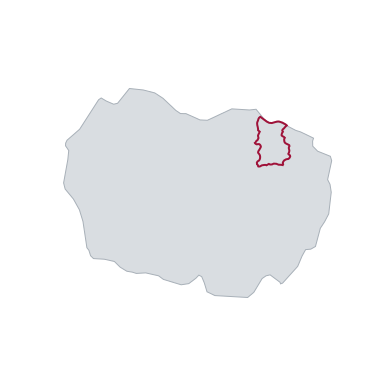 Bitola on a map of North Macedonia (Mercator projection), rotated 209°
{"feature_id": "MKD-2896", "entity_name": "Bitola", "entity_type": "Statistical Region", "adm_level": 1, "iso_a3": "MKD", "parent_name": "North Macedonia", "parent_adm1": "", "projection": "mercator", "projection_center": [21.29, 41.04], "detail": "fine", "context": "in_parent", "style": "outline", "palette": "rose", "viewbox_px": 384, "rotation_deg": 209, "n_neighbors": 0, "source": "natural_earth", "source_scale": "10m", "svg_char_len": 2680}
<svg xmlns="http://www.w3.org/2000/svg" viewBox="0 0 384 384"><g transform="rotate(209 192 192)"><path d="M174.7,101.7L180.6,102.5L193.3,98.8L201.2,93.8L205.2,93.0L210.6,91.1L218.3,91.4L226.2,93.6L236.1,90.7L245.9,86.0L249.8,87.1L254.0,91.1L256.9,92.3L273.1,113.4L281.9,121.9L292.4,128.4L304.4,133.1L308.7,137.7L316.3,160.1L319.9,168.5L325.0,171.1L326.2,173.5L326.4,176.7L320.7,192.4L318.4,227.4L317.0,230.2L311.0,230.0L303.1,230.8L300.1,233.5L296.9,252.2L284.1,257.6L272.6,260.6L262.8,259.9L245.7,255.5L240.1,255.0L235.3,257.6L220.0,258.9L213.3,262.2L197.5,284.0L181.5,291.6L176.1,295.4L163.9,290.6L158.0,290.1L149.6,295.6L131.1,296.2L126.1,297.2L111.8,298.0L111.2,295.0L108.6,290.6L101.9,288.6L88.3,290.3L85.0,287.1L79.4,268.6L75.0,265.6L70.1,259.3L61.8,239.1L61.6,230.2L62.2,222.5L57.6,204.2L60.4,199.6L64.7,196.7L64.7,189.4L63.5,178.2L68.6,156.2L70.0,154.6L71.2,155.7L83.5,157.4L86.6,154.6L88.7,150.3L89.3,134.2L92.2,126.7L121.8,112.5L130.5,112.0L137.2,118.5L142.5,122.7L145.7,122.6L146.8,118.4L150.4,110.3L156.5,105.6L174.5,101.7L174.7,101.7Z" fill="#d9dde1" stroke="#a8b0b8" stroke-width="1"/><path d="M168.7,290.9L160.7,289.8L158.1,289.9L155.6,291.0L151.8,294.8L150.2,295.8L146.6,296.5L143.0,296.5L141.4,296.2L141.7,295.2L141.8,295.0L142.2,293.4L142.5,291.9L142.9,291.0L143.0,290.1L142.8,289.4L141.7,288.8L141.8,287.0L141.3,285.2L140.8,284.8L139.3,284.7L138.2,284.7L137.1,284.4L137.1,283.3L136.7,282.3L135.5,280.7L134.1,280.0L132.7,280.0L130.9,280.1L129.7,280.1L129.0,279.4L129.0,278.3L128.7,277.4L128.0,276.6L127.1,275.7L126.6,274.6L126.3,273.4L126.3,272.2L125.9,271.8L124.0,271.5L123.3,270.6L123.3,269.0L123.7,267.7L124.6,267.0L125.6,266.1L126.7,264.3L126.9,262.7L126.7,261.4L125.7,260.4L125.7,259.6L125.8,259.6L126.9,259.1L128.3,258.5L129.3,257.9L130.7,257.7L131.8,257.6L133.1,257.0L134.3,256.4L135.4,254.9L137.0,253.9L138.4,253.8L139.2,252.5L139.8,251.5L140.7,251.4L141.9,250.7L143.8,249.2L144.9,247.4L145.8,246.7L146.0,246.6L146.5,246.5L147.2,247.2L147.9,247.7L148.6,247.8L148.7,248.0L149.5,249.1L149.5,250.3L149.1,251.3L148.6,252.1L148.6,253.5L148.9,254.7L149.5,255.9L150.4,257.0L151.5,257.7L152.9,258.2L153.5,258.8L153.7,259.8L153.7,260.7L153.6,261.7L153.6,263.0L153.6,264.4L153.8,265.1L154.4,265.7L155.2,266.2L156.0,266.4L156.6,266.4L157.7,265.7L158.4,265.1L159.0,265.0L159.6,265.0L160.5,265.2L160.8,265.4L160.5,266.0L160.5,267.5L160.3,268.3L159.9,268.9L159.9,269.9L160.0,271.3L160.4,271.9L160.9,272.4L161.6,273.3L161.8,274.5L161.9,276.5L162.0,277.6L163.2,277.8L164.2,278.1L164.7,279.1L166.0,280.7L167.4,282.2L168.5,283.9L168.8,285.1L168.9,286.4L169.3,288.0L169.3,289.3L169.3,289.5L168.7,290.9L168.7,290.9Z" fill="none" stroke="#9f1239" stroke-width="2"/></g></svg>